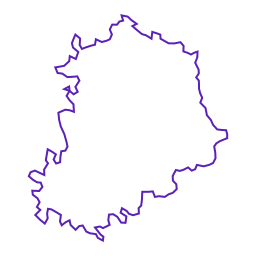 the district of Rio Bom, Paraná, Brazil
{"feature_id": "56859067B45209441984237", "entity_name": "Rio Bom", "entity_type": "district", "adm_level": 2, "iso_a3": "BRA", "parent_name": "Brazil", "parent_adm1": "Paraná", "projection": "mercator", "projection_center": [-51.442, -23.797], "detail": "fine", "context": "isolated", "style": "outline", "palette": "violet", "viewbox_px": 256, "rotation_deg": 0, "n_neighbors": 0, "source": "geoboundaries", "source_scale": "gbopen_adm2", "svg_char_len": 2309}
<svg xmlns="http://www.w3.org/2000/svg" viewBox="0 0 256 256"><path d="M75.4,34.6L73.4,39.3L71.9,43.2L73.0,47.5L78.3,52.0L75.8,59.0L69.8,56.1L69.2,61.2L64.2,65.8L60.0,66.6L55.3,67.4L57.6,73.0L62.3,73.6L67.4,77.1L72.4,76.8L77.3,76.4L79.4,80.7L75.4,86.9L77.7,91.8L73.6,94.3L69.6,90.8L66.6,95.9L69.6,100.3L73.5,104.3L73.9,111.8L69.9,110.3L65.3,109.7L58.4,112.7L59.1,119.7L60.8,126.5L64.3,134.1L66.6,142.2L67.5,146.6L65.3,150.7L61.3,151.2L60.4,156.9L60.1,162.2L56.1,163.5L53.6,159.5L55.9,154.4L52.3,151.9L47.7,149.3L47.0,153.4L45.8,160.2L48.0,163.3L44.1,169.6L44.3,175.0L34.9,170.6L30.6,172.2L28.8,176.2L33.0,179.8L37.1,182.3L40.7,182.6L42.4,186.9L39.2,191.0L32.3,190.7L32.8,194.7L37.4,198.2L39.6,202.2L36.9,207.0L40.3,209.9L35.3,215.0L40.5,220.1L44.8,223.6L47.7,218.3L47.1,213.9L48.0,208.8L51.4,209.4L57.0,212.6L60.9,215.0L60.0,221.5L61.7,225.3L65.7,222.2L69.6,220.3L70.6,225.0L75.6,229.8L79.2,226.1L82.7,225.5L86.3,231.6L90.1,233.3L95.9,234.1L97.8,237.8L102.9,240.6L103.4,236.7L100.5,234.5L95.0,227.5L99.9,226.5L103.0,228.1L109.6,224.9L108.3,220.1L109.0,214.6L113.2,214.2L117.3,216.8L121.2,222.6L125.5,222.8L126.4,216.4L120.6,212.7L122.0,208.2L126.7,211.0L129.1,213.9L133.1,215.2L138.9,213.5L138.6,208.2L141.2,205.5L141.9,200.0L142.3,191.8L148.7,191.8L152.8,191.4L154.9,196.9L159.0,196.2L164.8,196.9L168.8,194.2L172.7,192.9L176.7,189.1L176.3,184.2L172.9,180.7L172.7,176.0L175.9,170.0L179.8,170.9L183.4,169.8L188.1,167.4L191.7,170.6L195.2,169.2L196.9,164.9L203.7,166.3L209.1,164.9L213.1,163.0L215.5,158.3L215.3,152.8L214.2,146.4L216.3,143.4L219.6,141.3L223.4,139.7L227.2,138.2L227.2,134.3L226.1,130.2L221.9,130.0L217.2,129.4L213.1,124.9L210.8,119.9L206.9,115.2L205.5,108.0L200.3,102.7L202.2,97.8L200.1,93.1L199.0,88.6L199.0,84.4L198.8,80.5L196.2,77.5L198.8,73.4L198.6,69.6L195.2,62.7L197.3,57.4L197.5,51.6L194.1,52.8L191.0,54.5L187.5,52.8L183.4,51.4L183.6,45.9L180.4,42.2L174.4,43.4L168.6,43.3L160.5,38.7L160.3,34.6L156.7,33.3L152.3,31.9L151.5,38.7L145.8,35.2L141.9,34.1L136.2,29.4L132.4,26.1L136.7,23.9L131.3,20.0L127.7,16.6L121.6,15.4L123.1,20.6L119.4,21.5L117.0,24.7L112.2,24.6L109.8,29.5L111.9,34.5L109.8,39.3L106.4,40.8L101.8,42.0L95.9,39.3L95.0,44.7L91.0,45.7L85.5,47.5L81.9,48.9L79.7,45.0L80.1,38.5L75.4,34.6ZM69.6,90.8L69.1,86.5L64.3,89.1L69.6,90.8Z" fill="none" stroke="#5b21b6" stroke-width="2"/></svg>